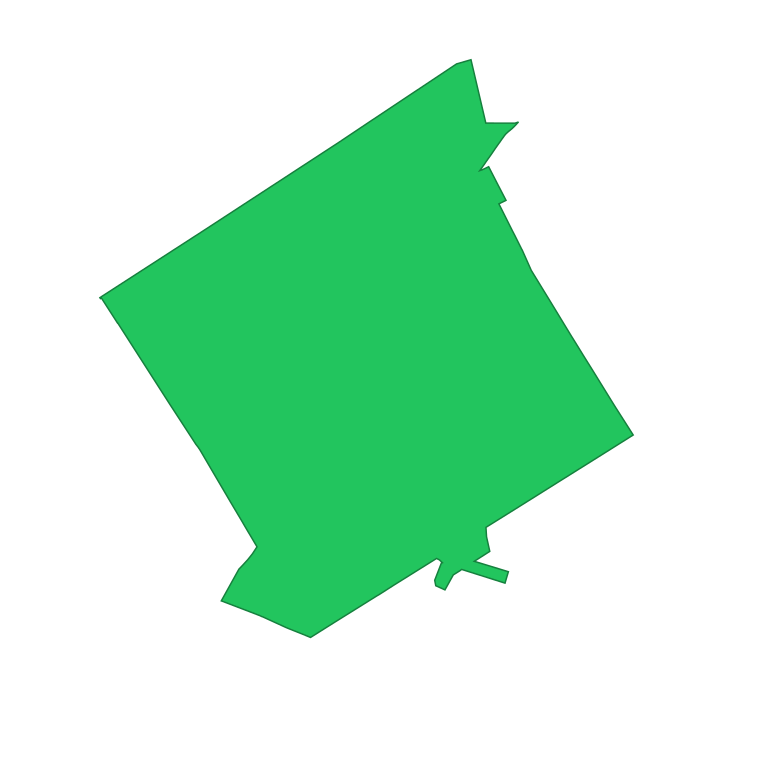 outline of Broken Hill, New South Wales, Australia, rotated 328°
{"feature_id": "25037944B37547853464186", "entity_name": "Broken Hill", "entity_type": "district", "adm_level": 2, "iso_a3": "AUS", "parent_name": "Australia", "parent_adm1": "New South Wales", "projection": "albers", "projection_center": [141.499, -31.951], "detail": "fine", "context": "isolated", "style": "filled", "palette": "green", "viewbox_px": 768, "rotation_deg": 328, "n_neighbors": 0, "source": "geoboundaries", "source_scale": "gbopen_adm2", "svg_char_len": 1875}
<svg xmlns="http://www.w3.org/2000/svg" viewBox="0 0 768 768"><g transform="rotate(328 384 384)"><path d="M192.9,340.3L193.0,341.7L192.9,346.0L192.3,366.0L191.3,402.5L190.8,424.6L190.6,430.9L190.4,438.4L190.4,439.6L190.1,451.8L190.1,452.9L190.0,454.8L182.4,458.3L175.3,460.8L168.1,462.8L162.9,464.1L131.1,481.7L156.3,515.1L156.9,516.2L157.7,517.1L171.6,538.2L174.3,542.0L179.3,548.8L187.4,560.0L215.0,559.9L215.9,559.9L220.0,559.9L223.0,559.9L265.4,559.9L268.1,560.0L268.9,560.0L285.8,559.8L295.5,559.8L336.1,559.8L337.8,562.5L338.8,566.5L337.7,566.3L323.0,577.3L321.0,582.5L326.6,590.9L341.6,582.6L349.3,582.6L351.6,582.4L381.1,617.0L390.0,609.1L366.6,582.2L385.0,582.0L390.0,567.9L394.5,559.6L400.2,559.6L434.1,559.6L479.1,559.5L484.7,559.5L541.7,559.4L568.3,559.3L568.2,545.9L568.0,526.8L568.0,524.7L568.0,522.7L568.0,521.7L568.0,520.7L568.2,483.3L568.2,473.2L568.2,469.3L568.2,466.6L568.3,451.1L568.3,442.4L568.8,400.6L569.1,365.7L572.2,343.6L572.2,343.3L572.2,342.7L573.5,329.1L573.6,328.2L574.1,321.9L576.9,292.1L584.8,292.9L586.0,278.1L586.1,276.6L587.9,255.2L580.9,254.4L578.3,253.8L581.5,252.5L586.3,250.5L588.5,249.5L590.5,248.7L591.6,248.2L593.1,247.6L596.7,246.1L598.3,245.4L600.8,244.3L602.4,243.6L603.5,243.1L605.0,242.5L607.1,241.6L608.1,241.2L608.7,240.9L609.9,240.5L611.0,240.0L614.3,238.6L615.1,238.3L616.6,237.7L617.2,237.4L618.1,237.1L618.6,236.9L619.3,236.7L619.6,236.6L619.9,236.5L621.5,236.2L622.0,236.1L622.5,236.0L623.2,235.9L623.9,235.8L625.7,235.6L626.6,235.4L627.3,235.4L627.6,235.3L628.3,235.2L629.2,235.0L630.7,234.7L634.2,233.8L634.8,233.6L635.2,233.5L636.9,233.1L633.3,232.2L608.6,216.7L629.6,155.1L615.2,151.0L513.8,153.9L471.8,155.2L471.2,155.2L312.5,158.3L188.8,160.2L188.8,161.3L189.9,161.3L190.3,191.0L190.5,191.0L191.6,286.7L192.3,323.6L192.5,335.4L192.9,339.3L192.9,340.3Z" fill="#22c55e" stroke="#15803d" stroke-width="1.5"/></g></svg>